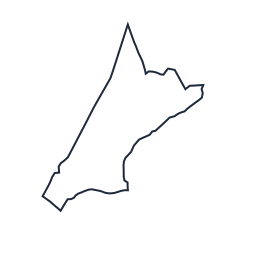 Pacatuba, Ceará, Brazil, rotated 197°
{"feature_id": "56859067B42057583895645", "entity_name": "Pacatuba", "entity_type": "district", "adm_level": 2, "iso_a3": "BRA", "parent_name": "Brazil", "parent_adm1": "Ceará", "projection": "orthographic", "projection_center": [-38.602, -3.952], "detail": "fine", "context": "isolated", "style": "outline", "palette": "slate", "viewbox_px": 256, "rotation_deg": 197, "n_neighbors": 0, "source": "geoboundaries", "source_scale": "gbopen_adm2", "svg_char_len": 1234}
<svg xmlns="http://www.w3.org/2000/svg" viewBox="0 0 256 256"><g transform="rotate(197 128 128)"><path d="M158.4,226.9L158.5,223.1L159.1,178.8L159.4,170.3L161.3,161.8L165.5,143.3L166.9,136.8L169.6,121.5L176.9,82.5L178.5,79.7L180.2,77.1L181.9,74.9L183.0,70.8L180.8,65.2L184.9,63.5L186.2,58.8L186.5,54.6L187.2,49.7L189.7,37.8L184.7,36.1L180.9,34.8L174.2,31.8L170.8,30.4L168.3,29.1L166.4,36.7L164.9,42.2L161.6,43.4L159.3,45.5L158.3,48.3L156.4,50.7L153.9,52.6L150.7,55.3L147.0,57.9L144.2,58.9L140.6,59.2L135.8,59.7L130.2,59.4L126.3,60.1L122.4,61.7L119.6,63.5L116.0,66.0L112.8,67.6L109.9,68.4L111.3,72.1L112.5,75.8L116.1,76.8L117.8,80.1L118.9,83.5L119.9,86.7L121.4,91.1L122.1,94.8L121.7,98.7L118.1,106.0L117.2,113.0L115.8,116.1L114.0,120.2L110.9,123.0L105.3,127.8L103.8,131.8L101.0,133.3L94.9,143.6L91.3,150.1L86.9,152.9L84.3,156.2L82.3,158.0L78.7,160.5L77.2,163.3L74.9,166.7L71.4,171.4L68.2,175.6L66.3,178.6L66.7,183.2L69.0,186.7L68.6,191.1L81.3,186.4L84.5,181.9L100.3,197.2L107.1,196.5L108.6,192.7L109.6,189.4L112.6,188.8L116.6,189.4L120.9,189.1L124.7,188.2L126.9,185.1L128.5,188.1L133.9,196.3L136.5,199.1L140.0,202.9L142.4,206.0L144.4,208.6L147.2,211.8L149.0,214.2L158.4,226.9Z" fill="none" stroke="#1e293b" stroke-width="2"/></g></svg>